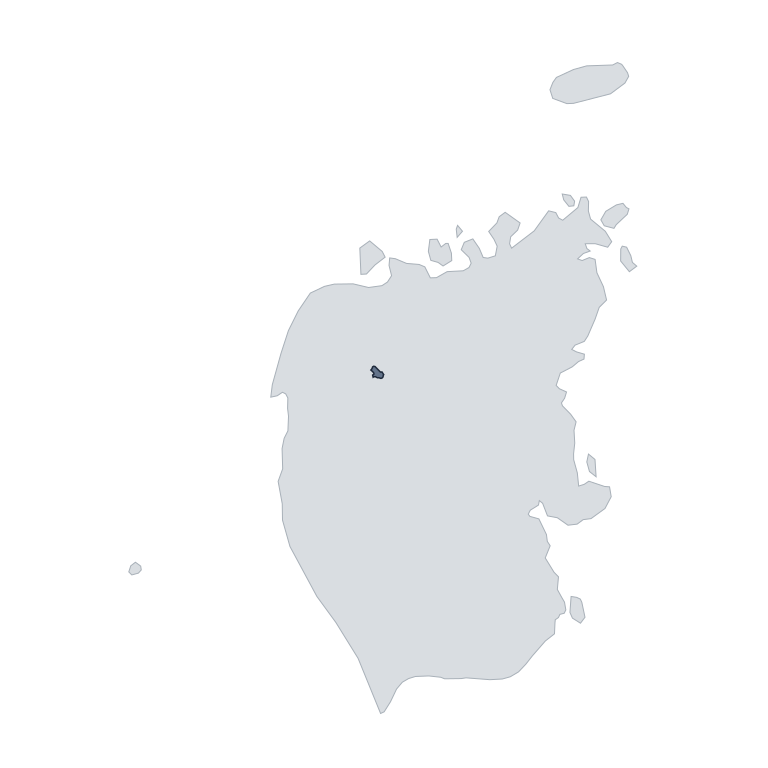 Dalseo-gu, Daegu, South Korea (highlighted), rotated 182°
{"feature_id": "91817680B1574399427608", "entity_name": "Dalseo-gu", "entity_type": "district", "adm_level": 2, "iso_a3": "KOR", "parent_name": "South Korea", "parent_adm1": "Daegu", "projection": "robinson", "projection_center": [128.53, 35.815], "detail": "fine", "context": "in_parent", "style": "filled", "palette": "slate", "viewbox_px": 768, "rotation_deg": 182, "n_neighbors": 0, "source": "geoboundaries", "source_scale": "gbopen_adm2", "svg_char_len": 3756}
<svg xmlns="http://www.w3.org/2000/svg" viewBox="0 0 768 768"><g transform="rotate(182 384 384)"><path d="M201.5,156.7L204.6,154.4L204.8,151.1L204.9,140.3L213.8,132.8L226.3,117.4L232.5,108.9L239.5,101.0L247.6,95.8L255.5,93.3L267.9,92.2L291.8,93.2L296.5,92.3L313.1,91.5L317.0,92.9L329.0,93.8L342.4,92.8L349.1,90.5L355.3,86.6L360.8,79.6L366.4,66.7L372.4,56.4L375.9,54.6L400.3,108.9L423.7,143.9L443.7,169.4L472.3,218.3L480.7,244.5L481.5,260.7L486.4,283.0L482.3,295.7L483.6,315.9L481.9,326.2L478.4,333.8L478.3,348.5L479.5,356.3L479.6,366.7L481.9,370.7L485.2,372.2L490.3,368.5L496.7,366.9L495.6,379.4L488.0,411.0L481.4,434.0L472.3,454.0L460.8,472.3L446.9,479.5L437.1,482.1L418.4,483.0L402.8,479.9L389.5,482.2L384.1,486.0L380.2,492.5L383.1,502.7L382.7,510.2L377.0,509.6L365.7,505.3L353.1,504.7L347.3,502.5L341.4,491.7L335.3,492.1L324.8,498.5L308.8,499.9L303.1,503.4L301.1,507.8L303.4,513.5L311.5,520.9L308.7,528.4L300.3,532.1L293.5,522.9L289.3,513.9L284.6,513.4L277.2,516.0L275.7,525.7L279.1,532.4L284.7,540.1L276.8,548.9L274.7,555.2L268.9,559.8L253.6,549.7L255.8,542.5L262.5,535.6L263.4,528.5L261.2,524.2L239.2,542.3L225.5,562.8L218.3,561.3L215.3,556.0L211.1,553.9L196.4,567.1L193.6,577.5L188.2,577.9L185.9,573.5L185.8,564.0L183.3,556.0L168.2,544.4L161.4,534.2L165.2,528.5L177.8,531.6L187.8,531.2L185.9,526.4L182.6,524.1L189.3,521.4L194.9,515.8L190.3,514.3L183.2,517.5L177.4,515.9L175.1,502.6L168.1,488.9L164.5,475.7L171.6,468.1L175.3,456.2L182.0,439.1L185.3,433.6L194.4,429.5L197.6,425.1L192.7,422.8L184.8,420.8L185.0,415.9L190.4,413.2L196.5,407.7L208.2,401.1L211.9,388.6L208.6,385.4L201.3,382.4L203.0,376.1L206.0,371.3L204.9,368.4L196.4,360.3L190.7,352.9L192.5,344.4L191.3,331.6L192.1,320.9L191.8,315.0L187.7,301.9L185.9,288.8L180.4,290.7L175.9,294.0L160.0,289.3L155.0,289.1L153.0,279.3L158.8,267.3L172.4,256.7L180.2,255.4L186.1,250.7L195.2,249.3L206.1,256.4L216.0,257.9L221.3,270.3L224.7,272.9L225.4,268.4L233.4,263.0L235.3,259.0L233.6,256.8L224.5,254.6L216.4,239.2L215.3,232.4L212.3,228.1L216.8,215.8L207.5,201.8L202.9,197.4L203.6,184.7L198.8,176.7L196.0,172.3L194.4,164.6L195.9,161.2L200.2,159.9L201.5,156.7ZM166.6,710.8L161.9,713.4L157.7,711.8L156.6,710.6L151.5,703.6L150.2,700.0L153.7,693.2L167.8,681.9L204.4,671.1L211.0,670.6L225.3,675.3L228.4,683.9L225.7,691.4L222.4,696.4L205.6,704.9L192.6,709.0L166.6,710.8ZM412.9,519.0L403.3,526.5L390.4,516.4L387.3,510.8L397.1,502.7L405.4,493.3L410.9,492.8L412.9,519.0ZM344.3,518.1L343.2,530.0L336.0,530.6L331.7,522.9L327.2,526.6L324.8,526.7L321.2,517.1L320.6,509.7L329.1,504.0L334.2,507.4L341.5,509.2L344.3,518.1ZM158.0,571.1L151.5,572.9L147.9,568.8L145.3,567.6L146.8,562.1L157.5,551.3L159.6,547.6L169.4,549.8L173.0,555.6L168.4,564.3L158.0,571.1ZM190.2,162.2L189.6,178.2L184.0,177.5L180.3,175.9L178.7,172.8L175.0,157.9L179.3,151.8L187.5,156.6L190.2,162.2ZM152.1,527.2L150.7,530.1L146.3,529.2L141.8,520.8L140.0,514.2L135.5,510.6L142.7,504.8L151.8,515.2L152.1,527.2ZM178.6,313.2L177.2,321.1L170.5,315.9L168.8,298.7L175.6,303.7L178.6,313.2ZM630.7,193.5L626.2,197.2L620.8,193.5L620.1,189.7L622.9,186.4L629.4,184.4L632.5,187.3L630.7,193.5ZM210.8,574.3L212.5,580.1L204.3,579.0L199.9,573.4L200.5,568.7L205.4,568.0L210.8,574.3ZM317.2,541.3L316.0,545.1L310.9,539.4L316.0,533.1L317.2,541.3Z" fill="#d9dde1" stroke="#a8b0b8" stroke-width="1"/><path d="M397.6,397.5L395.7,395.9L394.7,394.8L394.5,394.4L394.4,393.6L394.7,393.1L395.1,393.0L395.7,392.5L395.1,390.4L394.5,390.9L393.8,390.9L392.8,391.0L390.8,390.0L390.0,390.1L388.7,390.0L388.2,389.7L387.2,389.5L386.0,390.0L385.3,390.9L385.1,391.8L385.0,392.8L384.6,393.3L385.9,395.2L386.5,396.0L387.5,395.7L388.3,396.1L390.4,398.1L392.7,400.3L393.5,401.1L394.9,401.4L396.0,400.7L396.3,399.5L396.8,398.5L397.6,397.5Z" fill="#64748b" stroke="#1e293b" stroke-width="1.5"/></g></svg>